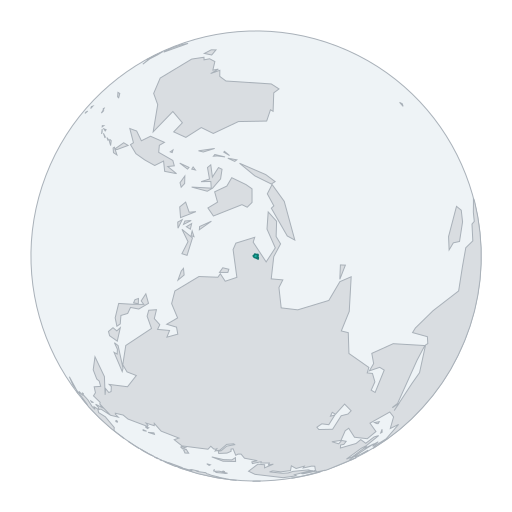 Batdâmbâng highlighted on a globe, orthographic projection, rotated 201°
{"feature_id": "KHM-1778", "entity_name": "Batdâmbâng", "entity_type": "Province", "adm_level": 1, "iso_a3": "KHM", "parent_name": "Cambodia", "parent_adm1": "", "projection": "orthographic", "projection_center": [103.119, 12.947], "detail": "fine", "context": "on_globe", "style": "filled", "palette": "teal", "viewbox_px": 512, "rotation_deg": 201, "n_neighbors": 0, "source": "natural_earth", "source_scale": "10m", "svg_char_len": 10335}
<svg xmlns="http://www.w3.org/2000/svg" viewBox="0 0 512 512"><g transform="rotate(201 256 256)"><circle cx="256" cy="256" r="225" fill="#eef3f6" stroke="#a8b0b8"/><path d="M466.8,327.8L466.4,329.3L466.3,329.5L466.8,327.8ZM358.4,55.3L359.2,55.9L367.5,60.7L359.9,56.7L380.6,69.8L387.0,76.4L375.3,66.4L370.6,63.5L372.7,66.2L368.3,64.0L366.9,64.2L361.5,61.5L355.0,56.7L351.4,55.1L353.1,57.2L348.8,56.4L346.8,53.4L339.1,51.9L326.9,45.1L326.0,42.0L314.7,38.5L313.9,38.3L329.1,42.9L344.0,48.6L358.4,55.3ZM374.4,65.2L372.8,63.8L375.9,66.0L374.4,65.2ZM367.6,64.8L369.5,66.0L367.9,65.7L367.6,64.8ZM358.2,61.5L355.2,60.9L357.2,60.6L358.2,61.5ZM352.6,60.1L345.3,59.4L348.8,61.9L334.8,55.2L345.7,57.5L347.6,56.5L349.2,58.4L352.6,60.1ZM328.2,51.9L325.4,51.3L327.1,51.1L328.2,51.9ZM309.1,37.1L308.9,37.1L302.3,35.6L301.3,35.5L296.2,34.3L309.1,37.1ZM291.7,33.6L289.0,33.2L293.6,34.0L288.8,33.3L286.1,32.8L285.3,32.7L283.8,32.5L283.2,32.4L291.7,33.6ZM272.6,31.3L273.0,31.4L270.8,31.2L272.6,31.3ZM279.0,31.9L275.1,31.5L275.4,31.6L279.0,31.9ZM286.5,33.2L294.5,34.3L294.9,34.4L286.5,33.2ZM270.6,31.2L271.9,31.4L270.0,31.2L270.6,31.2ZM281.5,32.4L284.3,32.7L284.6,32.9L281.5,32.4ZM272.1,31.5L270.5,31.3L272.5,31.4L272.1,31.5ZM276.3,31.9L276.0,32.0L274.3,31.6L277.5,32.0L276.3,31.9ZM281.3,32.5L282.4,32.7L280.1,32.4L281.3,32.5ZM265.2,31.6L262.5,31.0L267.1,31.1L269.1,31.6L265.2,31.6ZM77.2,119.0L77.3,120.3L76.0,122.8L69.0,131.9L62.5,149.9L68.8,143.1L69.9,155.1L75.2,158.3L89.7,140.8L81.1,135.1L86.6,125.3L99.1,122.1L107.7,128.4L110.1,124.9L110.6,114.3L118.6,109.8L111.5,110.3L109.9,114.5L105.4,115.3L106.5,111.6L109.3,109.9L108.4,107.0L95.4,116.8L92.4,122.1L86.4,120.5L80.9,129.4L77.1,132.3L85.1,118.4L88.9,114.1L98.8,98.8L94.2,102.9L84.6,118.0L84.9,116.1L78.7,122.9L83.7,116.3L95.4,99.8L94.0,99.6L90.1,103.6L112.3,82.5L112.0,82.7L115.5,79.9L114.6,80.9L122.2,76.0L122.6,76.8L134.1,69.5L135.8,69.2L128.5,73.4L123.7,77.2L125.8,80.8L128.7,79.8L136.0,75.0L135.6,77.1L142.4,72.0L147.8,72.8L146.9,68.0L155.5,63.4L163.4,61.4L166.0,59.3L153.2,62.7L148.2,65.0L144.2,68.2L130.5,75.1L128.0,75.3L141.7,65.6L139.6,65.2L151.2,58.8L178.7,51.8L185.8,52.4L179.7,62.3L173.1,64.2L172.1,61.3L165.2,67.9L169.5,65.4L169.3,67.5L177.3,64.5L177.5,65.8L185.0,60.9L186.1,62.3L181.4,65.4L194.3,63.1L198.9,65.7L201.8,64.6L203.5,62.7L208.3,67.8L210.1,66.8L209.3,64.7L212.5,61.6L220.0,58.3L221.3,60.2L218.7,61.7L215.2,68.0L208.3,72.2L209.5,72.7L215.9,69.6L220.1,61.8L224.3,59.3L223.2,62.8L223.9,61.3L226.4,60.7L230.0,62.2L231.6,58.4L257.0,52.2L266.5,55.2L262.7,58.4L281.8,58.5L291.0,63.3L290.2,61.1L298.8,60.6L296.0,59.0L296.3,58.0L317.1,57.9L323.0,59.9L331.0,58.8L330.6,57.9L326.8,56.2L334.8,55.2L348.8,61.9L349.0,63.5L357.6,67.2L356.9,70.8L360.2,75.9L354.3,78.6L357.5,83.0L360.6,84.1L367.2,91.4L370.2,104.2L354.3,89.1L347.1,72.3L348.9,78.3L344.5,75.8L342.7,77.5L344.3,82.3L347.0,83.5L329.1,87.9L324.9,101.5L334.9,101.6L341.4,106.7L345.5,125.8L327.6,150.9L336.1,160.8L336.7,166.9L329.7,170.2L328.5,161.1L321.2,157.4L321.6,152.2L310.0,155.5L310.1,148.3L301.0,155.0L304.7,161.1L314.9,160.3L307.0,170.1L317.7,181.3L319.2,194.3L301.9,216.4L284.0,222.5L282.9,226.6L275.7,221.4L266.2,229.2L279.7,253.8L279.4,260.8L263.9,273.0L263.6,267.9L244.4,254.1L240.9,270.5L255.4,285.1L260.4,301.5L249.2,295.8L244.2,281.4L237.4,276.1L239.2,261.8L233.6,240.1L222.4,243.3L223.3,234.8L213.9,216.6L197.7,220.7L172.1,240.6L168.5,262.1L159.7,270.7L149.1,237.7L149.5,216.6L142.4,217.5L134.3,198.3L110.7,192.4L110.3,186.7L105.2,188.1L99.9,181.1L100.4,172.0L95.9,171.3L95.4,195.4L100.6,196.4L109.0,189.4L107.6,197.7L113.0,206.6L96.5,223.3L66.3,232.9L68.3,216.5L71.0,169.1L73.7,164.7L74.0,164.2L74.3,163.2L69.5,170.0L71.6,161.2L64.8,192.6L61.5,205.7L65.8,233.7L64.2,235.8L67.1,242.1L82.4,240.6L81.4,245.9L71.1,268.4L54.3,296.0L59.4,319.8L63.1,338.9L59.0,347.8L65.8,363.2L64.6,366.5L68.8,374.8L71.5,382.1L73.7,387.8L71.7,385.6L63.1,372.3L55.4,358.4L48.7,344.1L43.0,329.3L38.3,314.1L34.8,298.7L32.3,283.0L31.0,267.2L30.8,251.4L31.7,235.5L33.6,219.8L36.7,204.3L40.9,189.0L46.2,174.0L52.4,159.5L59.7,145.4L68.0,131.9L77.2,119.0ZM111.7,145.6L120.2,149.5L125.1,136.7L128.8,137.4L129.1,133.1L125.4,135.8L127.6,124.6L134.4,122.9L137.8,118.0L135.2,116.5L122.4,121.7L119.2,137.4L113.5,141.4L111.7,145.6ZM132.4,67.6L132.1,67.8L132.4,67.6ZM121.2,75.5L121.3,75.4L121.8,75.1L125.9,72.1L128.7,70.2L142.5,61.5L143.4,61.2L140.5,62.7L139.7,63.4L135.0,66.1L122.3,75.2L118.0,78.3L118.8,77.3L121.2,75.5ZM178.5,44.5L176.3,45.4L171.4,47.3L171.0,47.4L178.5,44.5ZM251.1,30.8L247.4,30.9L253.1,30.8L248.0,31.1L250.0,31.1L247.1,31.9L238.5,32.6L241.5,32.7L239.4,33.6L232.3,34.6L234.4,33.6L225.2,35.7L223.8,35.0L222.8,35.3L219.1,35.3L212.8,36.1L213.2,35.7L210.6,36.3L208.0,36.6L204.6,37.3L204.1,37.0L199.8,38.0L202.1,37.4L194.8,39.3L200.0,37.8L197.2,38.5L193.6,39.6L194.4,39.3L213.0,34.9L232.0,32.0L251.1,30.8ZM266.6,31.0L265.4,30.9L265.3,31.0L262.8,30.8L264.7,31.0L262.0,31.0L262.7,31.2L259.2,31.2L264.1,31.8L254.1,32.0L248.5,32.0L256.0,30.9L254.8,30.8L257.8,30.7L266.6,31.0ZM78.8,120.1L78.6,121.2L79.2,121.8L75.3,126.4L78.8,120.1ZM86.5,108.8L86.9,108.8L81.7,114.9L81.9,114.1L86.5,108.8ZM91.6,103.8L87.4,108.3L89.8,105.4L91.6,103.8ZM129.4,73.4L130.4,73.4L128.8,74.6L126.2,76.1L129.4,73.4ZM204.7,43.0L206.8,41.9L208.2,41.7L215.6,39.6L217.2,40.3L213.3,41.9L204.7,43.0ZM85.7,143.0L81.5,145.5L81.9,143.3L83.2,142.8L85.7,143.0ZM76.2,135.4L76.2,139.4L75.1,136.6L76.2,135.4ZM207.7,43.5L210.6,42.4L209.6,43.5L207.7,43.5ZM218.7,40.8L218.3,41.9L218.2,40.2L218.7,40.8ZM172.3,448.4L177.0,450.9L173.9,450.5L172.3,448.4ZM83.2,343.2L86.6,374.2L80.8,372.3L75.4,361.9L71.2,342.5L76.5,339.0L77.9,330.9L83.2,343.2ZM316.7,340.3L323.3,341.4L323.0,342.4L316.7,340.3ZM309.8,336.7L317.4,337.2L308.4,338.9L309.8,336.7ZM320.4,337.4L328.1,335.5L331.5,333.9L330.8,336.0L320.4,337.4ZM304.6,336.7L276.1,335.5L264.8,332.3L267.5,328.7L285.8,330.4L304.6,336.7ZM266.6,328.5L249.2,317.1L225.5,284.8L234.0,285.9L258.8,306.1L257.3,309.2L267.7,318.1L266.6,328.5ZM308.3,310.8L306.7,320.4L291.0,319.1L283.8,317.3L278.9,304.6L281.7,298.4L287.5,298.9L310.1,278.1L318.1,283.6L311.2,292.5L317.6,301.1L308.3,310.8ZM169.4,264.3L174.0,277.9L169.3,279.5L169.4,264.3ZM319.2,263.3L310.1,272.5L318.3,260.2L319.2,263.3ZM323.9,251.7L324.6,256.5L320.8,251.8L323.9,251.7ZM282.8,233.1L276.6,233.9L276.4,230.6L284.2,227.6L282.8,233.1ZM320.2,205.5L320.4,215.2L319.3,218.5L316.3,212.5L320.2,205.5ZM225.3,52.6L213.2,54.3L205.5,57.0L202.9,60.4L201.4,56.8L213.2,52.6L225.3,52.6ZM253.0,51.8L255.2,49.6L257.7,50.6L257.6,51.2L253.0,51.8ZM251.9,50.5L248.2,47.8L251.7,46.6L254.0,48.9L251.9,50.5ZM227.5,44.4L223.8,44.7L224.7,43.7L227.5,44.4ZM414.8,413.6L415.0,414.4L408.6,420.6L400.8,427.1L395.6,430.1L414.8,413.6ZM367.2,434.1L369.4,427.8L376.8,426.6L371.7,432.4L367.2,434.1ZM420.0,408.5L425.8,402.0L430.4,394.5L426.8,401.0L428.5,400.3L416.1,413.6L420.0,408.5ZM346.8,408.6L303.4,422.1L294.4,420.2L297.9,414.7L291.9,397.2L294.9,397.7L294.4,385.8L320.6,375.2L339.8,355.1L353.1,356.3L364.0,341.6L377.3,342.4L372.5,354.0L385.4,361.1L396.5,335.0L402.0,362.1L409.8,371.1L409.2,387.8L386.6,416.8L375.8,422.9L374.8,420.5L370.0,423.5L364.1,422.8L362.9,414.1L358.1,417.0L363.7,410.1L356.3,416.4L354.2,410.7L346.8,408.6ZM440.9,354.5L442.2,355.0L443.5,359.3L441.4,358.9L440.9,354.5ZM463.2,334.4L463.2,336.5L462.0,337.5L463.2,334.4ZM466.3,329.5L465.0,331.0L466.8,327.8L466.3,329.5ZM450.9,337.3L451.4,338.9L450.7,339.6L450.9,337.3ZM450.4,336.8L451.6,334.0L451.1,336.7L450.4,336.8ZM444.8,323.1L445.9,321.5L446.2,322.6L444.8,323.1ZM333.1,341.6L342.5,334.2L347.4,333.6L333.1,341.6ZM443.7,320.2L441.2,320.2L441.6,318.7L443.7,320.2ZM444.1,316.7L443.9,314.6L445.1,319.4L444.1,316.7ZM439.6,312.5L442.4,315.9L439.2,313.0L439.6,312.5ZM437.7,313.2L435.5,311.8L435.7,311.1L437.7,313.2ZM411.0,317.8L419.5,329.8L412.2,329.9L404.3,322.5L397.4,330.0L382.2,329.3L385.9,324.7L384.0,317.9L367.9,315.4L364.6,310.9L370.5,307.9L359.7,304.4L371.6,302.3L376.3,311.5L383.0,304.2L394.2,305.8L404.8,308.5L413.1,315.0L411.0,317.8ZM371.3,322.5L373.4,322.5L371.5,325.3L371.3,322.5ZM431.3,307.0L434.5,311.3L434.1,312.4L432.5,311.8L431.3,307.0ZM415.0,313.4L424.1,305.4L426.1,305.4L420.1,314.3L415.0,313.4ZM422.0,300.5L426.1,301.4L428.1,305.6L427.2,306.8L422.0,300.5ZM347.1,314.1L346.6,316.6L343.4,314.6L347.1,314.1ZM351.1,312.6L360.5,315.4L350.3,314.7L351.1,312.6ZM322.1,303.3L324.9,309.4L333.9,305.7L327.0,311.2L333.0,321.2L330.9,324.9L325.0,314.1L322.7,325.1L318.8,324.8L316.7,315.3L320.8,303.8L324.7,299.0L340.8,297.3L322.1,303.3ZM351.1,305.2L348.6,298.1L350.5,293.4L353.2,297.2L351.1,305.2ZM341.0,281.1L334.1,272.9L328.0,275.9L340.2,264.8L344.8,274.5L341.0,281.1ZM334.9,263.2L329.2,265.9L335.0,259.5L334.9,263.2ZM327.7,263.2L326.9,257.5L331.5,258.4L327.7,263.2ZM337.9,263.5L338.8,254.0L341.2,259.6L337.9,263.5ZM324.6,245.0L334.7,254.4L321.8,250.1L320.6,231.9L326.0,231.6L324.6,245.0ZM350.5,174.2L348.8,169.3L353.5,168.4L353.3,171.9L350.5,174.2ZM367.2,162.5L354.2,166.6L343.4,170.6L347.1,172.9L345.3,181.2L339.4,173.3L346.4,164.5L354.7,163.0L355.2,156.4L360.8,152.1L358.4,143.9L360.7,140.6L365.3,147.8L367.2,162.5ZM357.0,140.5L355.0,126.8L364.1,129.1L366.7,132.7L363.8,137.8L359.1,136.2L357.0,140.5ZM357.1,124.3L352.6,122.9L339.9,103.5L339.5,100.2L354.0,115.2L350.5,114.7L352.0,119.3L357.1,124.3ZM326.7,52.3L325.6,51.4L328.0,52.4L326.7,52.3ZM294.6,57.2L295.4,56.0L298.2,56.9L294.6,57.2ZM299.1,53.4L295.3,53.2L298.8,52.6L299.1,53.4ZM286.9,53.1L293.6,52.7L287.9,54.3L286.9,53.1Z" fill="#d9dde1" stroke="#a8b0b8" stroke-width="1"/><path d="M254.6,258.0L254.5,257.9L254.4,257.8L254.4,257.7L254.0,257.3L253.8,257.2L253.6,257.2L254.2,257.0L254.5,256.8L254.6,256.7L254.6,256.0L254.6,255.8L254.5,255.6L254.4,255.4L254.2,255.3L254.0,255.5L253.9,255.8L253.7,255.8L253.5,255.7L253.4,255.6L253.3,255.4L253.2,255.2L253.0,254.7L253.0,254.4L253.0,254.2L253.0,253.9L254.2,254.0L254.3,254.1L254.5,254.1L254.8,254.1L255.2,254.2L255.4,254.2L255.5,254.2L256.0,254.0L256.3,254.1L256.5,254.1L257.1,254.1L257.3,254.2L257.5,254.3L257.8,254.4L258.1,254.5L258.3,254.7L258.4,255.0L258.6,255.2L258.3,255.5L258.2,255.6L258.2,255.8L258.2,256.0L258.1,256.3L257.9,256.4L257.9,256.5L258.0,256.5L257.9,256.8L258.0,256.9L258.0,257.0L257.9,257.3L257.7,257.5L257.2,257.5L256.8,257.4L256.4,257.5L256.2,257.6L255.9,257.7L255.8,257.8L255.7,257.8L255.6,257.7L255.4,257.8L255.1,257.9L255.1,258.0L254.9,258.0L254.7,258.1L254.6,258.0Z" fill="#14b8a6" stroke="#0f766e" stroke-width="1.5"/></g></svg>